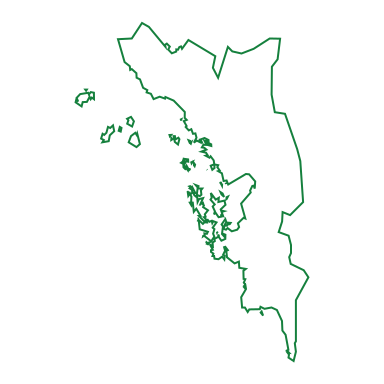 outline of Samar, Samar, Philippines
{"feature_id": "2640588B23016389281073", "entity_name": "Samar", "entity_type": "district", "adm_level": 2, "iso_a3": "PHL", "parent_name": "Philippines", "parent_adm1": "Samar", "projection": "equal_earth", "projection_center": [124.76, 11.713], "detail": "fine", "context": "isolated", "style": "outline", "palette": "green", "viewbox_px": 384, "rotation_deg": 0, "n_neighbors": 0, "source": "geoboundaries", "source_scale": "gbopen_adm2", "svg_char_len": 6075}
<svg xmlns="http://www.w3.org/2000/svg" viewBox="0 0 384 384"><path d="M280.1,38.7L269.7,38.5L253.7,48.8L241.5,53.5L232.3,51.4L227.9,46.9L218.1,77.8L212.9,67.8L215.3,56.2L188.4,40.0L182.0,48.8L181.0,46.4L179.3,47.1L178.0,49.7L176.3,49.4L176.2,51.6L171.8,53.3L168.2,49.5L169.8,46.6L166.8,43.6L165.1,44.7L165.5,46.9L148.9,26.9L142.0,23.0L131.8,38.5L118.0,39.2L124.6,62.1L129.8,66.2L130.2,69.9L131.8,69.1L136.4,73.2L136.6,77.7L140.0,79.4L143.1,87.8L147.3,90.1L146.6,92.4L150.9,93.8L153.6,99.1L159.7,96.7L165.0,98.6L165.4,97.0L173.7,100.6L184.8,112.0L184.7,117.9L186.7,119.9L183.8,121.1L186.6,126.0L185.7,127.0L188.8,130.4L191.3,129.2L193.0,133.8L195.4,133.4L196.5,137.7L193.9,142.6L196.8,140.6L200.0,142.2L199.3,140.8L199.5,140.1L201.7,141.8L200.7,139.4L204.5,138.0L208.5,140.0L208.6,143.0L211.2,144.3L211.3,146.0L207.8,145.0L207.0,141.2L204.4,140.6L206.5,144.9L203.4,144.8L201.9,147.4L204.3,147.8L206.4,149.6L201.4,151.6L206.0,152.7L207.6,155.2L205.7,155.7L209.5,157.7L210.6,156.3L213.7,160.4L214.3,164.3L210.7,165.7L212.3,169.8L214.5,168.0L214.3,164.4L218.2,165.2L217.3,167.1L219.7,170.5L218.1,171.1L221.9,173.3L223.6,181.0L226.6,180.5L228.2,184.5L245.9,174.0L249.1,174.3L255.2,181.4L254.7,188.6L253.7,185.6L252.3,186.0L250.1,190.6L250.7,192.5L241.1,203.6L245.3,218.5L243.6,217.8L237.9,223.3L239.1,227.1L237.2,229.7L231.8,231.3L227.6,228.1L226.0,229.7L222.7,228.5L222.0,234.0L223.7,235.9L223.9,234.1L225.4,234.7L225.3,238.9L221.4,240.7L218.6,236.7L214.4,238.9L214.8,241.1L212.6,242.5L212.9,246.9L211.2,246.3L210.7,244.9L210.3,245.1L212.8,249.8L211.0,250.2L211.0,251.9L213.4,253.6L212.5,256.0L214.1,256.0L214.5,258.7L218.5,259.2L222.2,256.6L224.3,259.4L224.7,255.8L223.2,254.6L225.1,250.7L224.1,247.2L225.3,246.8L227.8,250.1L226.3,250.9L227.0,257.3L234.6,263.4L238.9,261.6L239.3,267.8L245.8,268.9L243.4,270.8L243.6,278.9L245.3,279.2L243.8,282.6L245.3,284.6L246.0,289.0L241.2,297.2L242.1,307.5L244.9,307.5L247.7,312.0L249.3,309.4L259.8,309.2L260.5,306.8L264.5,308.8L271.5,307.5L276.9,310.0L282.0,321.0L282.4,330.6L285.6,334.8L288.4,349.8L286.9,350.5L289.1,352.8L287.5,352.6L289.0,354.6L288.5,357.6L293.6,361.0L295.9,351.7L294.8,343.2L295.9,341.3L295.9,300.2L308.4,277.3L303.7,270.2L290.7,263.9L289.2,257.1L291.0,253.1L291.0,245.0L288.6,235.7L278.7,232.1L282.1,221.5L282.6,212.1L290.1,215.1L303.1,202.1L300.3,161.1L297.2,149.2L285.0,113.8L274.8,112.2L271.6,94.6L271.9,66.7L277.6,59.3L280.1,38.7ZM196.8,197.3L194.3,195.2L193.4,192.9L195.3,193.0L192.0,186.6L189.7,188.4L192.0,189.8L192.3,192.7L190.5,194.4L189.7,192.8L189.3,193.1L187.9,191.8L187.7,191.9L188.3,196.0L189.8,193.9L191.4,196.6L191.1,202.4L189.8,202.6L191.4,205.4L192.7,201.8L193.8,211.8L196.3,208.7L200.5,215.8L198.9,215.9L204.8,222.0L202.9,223.9L198.7,219.9L199.7,229.3L207.9,231.8L206.9,233.8L204.4,233.4L204.8,236.3L211.2,241.3L214.3,236.6L213.1,233.7L214.4,229.1L212.7,227.7L216.5,222.4L213.3,221.2L212.3,223.1L211.7,220.8L209.3,221.8L207.7,219.8L206.5,220.1L207.0,222.5L205.5,222.4L205.6,218.9L203.9,217.2L205.6,216.7L204.8,214.3L208.0,210.3L203.1,207.1L203.9,205.4L202.2,203.6L201.7,203.4L200.5,204.1L200.4,204.4L200.3,204.6L200.2,204.6L203.1,198.1L199.0,199.1L197.6,202.0L197.1,195.4L196.8,197.3ZM220.7,209.4L225.5,204.8L224.4,200.6L218.4,202.0L218.8,197.8L215.7,199.6L210.8,193.0L211.7,197.8L210.5,199.6L214.7,204.4L212.7,206.5L214.9,211.3L214.0,214.4L215.5,212.6L218.6,217.2L221.5,216.6L221.1,215.6L221.2,214.9L221.3,214.8L223.0,215.8L220.7,209.4ZM90.8,92.1L88.9,94.5L88.2,92.8L80.2,94.1L76.6,97.9L78.2,101.5L76.2,99.8L75.6,102.3L81.6,106.4L82.7,102.1L86.9,101.9L89.6,96.8L90.7,99.2L91.8,97.6L94.0,99.2L93.9,92.7L90.8,92.1ZM113.0,125.4L110.2,128.0L108.0,126.9L106.4,132.8L104.2,134.9L102.6,133.8L101.1,138.6L103.8,140.0L102.4,142.3L108.7,141.2L109.8,135.3L114.2,131.2L113.0,125.4ZM135.3,132.8L131.0,136.1L128.7,142.3L136.5,147.1L139.9,144.1L137.2,133.5L136.7,135.0L135.3,132.8ZM131.0,116.9L127.1,118.8L128.4,120.3L127.2,123.7L132.1,126.5L133.9,121.3L131.0,116.9ZM197.7,187.5L196.8,194.8L199.8,196.1L201.4,194.7L200.9,190.4L202.3,188.5L198.0,188.5L198.5,186.1L195.6,185.0L197.7,187.5ZM174.8,141.9L178.0,144.5L179.4,139.2L178.4,137.7L175.4,139.4L174.9,136.1L173.6,136.1L174.8,141.9ZM225.3,219.1L221.6,224.5L223.9,227.9L224.6,225.6L227.8,225.7L224.9,224.5L226.3,222.0L225.3,219.1ZM185.9,169.7L183.1,160.5L183.0,160.8L182.9,161.5L181.1,162.8L183.3,163.8L183.5,167.3L185.9,169.7ZM188.1,159.4L184.0,158.8L184.8,163.6L186.6,160.4L187.3,161.5L188.2,161.7L188.1,159.4ZM119.8,126.9L118.7,130.8L120.7,131.6L121.5,127.9L119.8,126.9ZM263.1,315.6L261.6,311.5L260.7,312.6L263.1,315.6ZM220.5,192.1L221.5,194.4L224.1,196.9L222.6,193.5L220.5,192.1ZM230.6,222.9L227.3,222.6L228.1,224.5L229.8,224.1L230.6,222.9ZM186.8,166.1L186.4,168.3L187.8,170.2L188.0,168.2L186.8,166.1ZM209.8,242.4L207.7,242.8L206.9,243.8L208.0,244.3L209.8,242.4ZM86.8,89.6L85.3,89.6L86.1,90.7L86.8,89.6ZM189.9,140.8L188.6,140.3L189.3,141.9L189.9,140.8ZM226.7,249.4L225.7,251.1L227.5,250.3L226.7,249.4ZM193.9,163.0L194.0,165.4L194.6,166.2L195.1,164.7L193.9,163.0ZM172.5,139.2L171.4,138.0L171.3,140.0L172.5,139.2ZM222.1,184.4L221.1,184.0L222.0,185.7L222.1,184.4ZM192.6,161.7L191.3,162.3L191.6,163.3L192.6,161.7ZM171.1,134.9L169.5,135.0L169.9,136.3L171.1,134.9ZM181.4,119.2L180.1,119.8L181.2,119.8L181.4,119.2ZM227.9,196.6L226.6,197.2L226.4,199.2L226.7,199.0L227.9,196.6ZM218.2,234.5L218.3,236.5L218.8,236.6L218.9,235.9L218.2,234.5ZM224.1,211.2L222.8,210.9L222.9,211.6L224.1,211.2ZM244.8,286.7L244.1,287.2L244.7,287.9L244.8,286.7ZM244.8,285.3L244.2,285.9L244.7,286.1L244.8,285.3ZM190.8,143.7L191.3,142.2L190.2,143.1L190.8,143.7ZM198.3,220.1L198.0,220.7L198.4,220.9L198.3,220.1ZM206.4,242.2L206.0,242.9L206.6,242.4L206.4,242.2ZM190.0,186.2L189.4,186.4L190.2,187.0L190.0,186.2ZM220.9,181.9L220.6,182.8L221.0,182.9L220.9,181.9ZM189.8,169.5L189.5,168.2L189.3,169.9L189.8,169.5ZM202.9,202.7L202.2,203.0L203.1,203.4L202.9,202.7ZM207.3,169.9L206.9,169.5L207.3,169.9ZM225.9,183.2L225.7,182.7L226.0,184.1L225.9,183.2ZM203.1,236.3L204.1,235.6L203.2,235.9L203.1,236.3ZM217.3,232.3L216.9,231.8L217.1,232.6L217.3,232.3Z" fill="none" stroke="#15803d" stroke-width="2"/></svg>